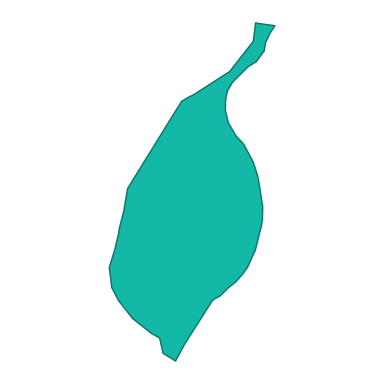 St. Louis, Missouri, United States of America (orthographic projection)
{"feature_id": "52423323B73997952467862", "entity_name": "St. Louis", "entity_type": "district", "adm_level": 2, "iso_a3": "USA", "parent_name": "United States of America", "parent_adm1": "Missouri", "projection": "orthographic", "projection_center": [-90.227, 38.653], "detail": "fine", "context": "isolated", "style": "filled", "palette": "teal", "viewbox_px": 384, "rotation_deg": 0, "n_neighbors": 0, "source": "geoboundaries", "source_scale": "gbopen_adm2", "svg_char_len": 848}
<svg xmlns="http://www.w3.org/2000/svg" viewBox="0 0 384 384"><path d="M274.7,25.8L255.6,23.0L253.3,41.3L229.8,71.4L194.2,94.4L186.9,98.1L181.6,101.4L167.7,123.7L149.8,152.7L146.6,157.8L127.6,188.6L123.8,210.9L119.3,228.6L118.5,233.9L115.0,248.9L109.7,266.1L109.3,267.4L111.8,287.5L118.6,300.7L132.7,318.6L150.7,332.8L151.0,333.1L159.6,338.1L163.1,353.3L175.5,361.0L183.7,345.9L185.2,343.2L212.1,301.0L214.4,299.0L220.3,295.8L227.4,288.6L232.4,284.6L235.7,282.0L242.8,273.9L247.4,267.6L253.0,255.2L255.3,250.1L261.5,225.5L262.4,219.1L262.7,206.7L259.1,183.6L259.0,183.2L258.8,182.0L257.4,175.1L253.2,162.0L243.6,144.1L240.9,141.2L236.0,135.9L228.4,123.0L225.4,110.4L225.5,101.8L226.0,97.0L226.3,96.0L227.6,90.5L232.7,82.0L247.9,66.9L256.4,61.5L264.2,50.9L265.5,42.8L269.6,34.0L274.7,25.8Z" fill="#14b8a6" stroke="#0f766e" stroke-width="1.5"/></svg>